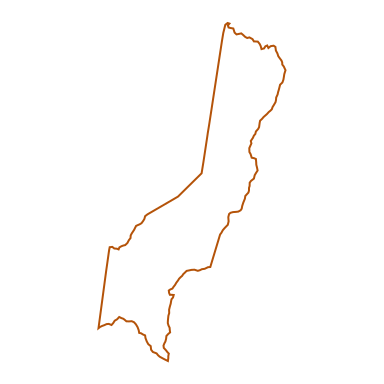 Caiuá, São Paulo, Brazil (Albers equal-area conic projection)
{"feature_id": "56859067B65621554101877", "entity_name": "Caiuá", "entity_type": "district", "adm_level": 2, "iso_a3": "BRA", "parent_name": "Brazil", "parent_adm1": "São Paulo", "projection": "albers", "projection_center": [-51.979, -21.795], "detail": "fine", "context": "isolated", "style": "outline", "palette": "amber", "viewbox_px": 384, "rotation_deg": 0, "n_neighbors": 0, "source": "geoboundaries", "source_scale": "gbopen_adm2", "svg_char_len": 2920}
<svg xmlns="http://www.w3.org/2000/svg" viewBox="0 0 384 384"><path d="M275.4,46.9L273.6,45.7L270.6,46.2L268.4,48.0L267.2,45.5L265.4,46.3L264.1,48.4L261.5,49.1L260.7,46.1L259.7,44.0L257.8,41.6L253.9,41.4L252.5,39.1L249.4,37.4L247.2,38.0L245.2,36.9L243.2,35.0L241.3,33.4L236.5,34.4L234.6,32.6L233.3,28.5L230.5,28.0L228.6,27.5L227.9,25.5L229.4,23.6L227.6,23.0L225.3,24.8L223.3,32.9L222.0,40.7L211.5,109.4L210.3,117.2L209.1,125.0L207.8,132.9L207.3,136.4L203.4,162.2L201.6,173.3L187.3,187.4L178.0,196.6L147.4,214.4L145.1,216.2L144.4,218.9L143.2,220.9L141.5,223.2L139.7,224.3L137.8,225.1L136.1,225.9L135.1,227.8L134.2,229.7L132.9,231.7L131.7,233.5L130.7,235.4L130.5,238.1L128.9,240.1L127.4,243.0L125.2,245.1L123.4,245.5L121.5,246.2L119.4,247.4L118.6,249.4L116.8,248.7L114.3,248.5L112.3,246.9L109.7,247.2L109.1,250.2L107.5,261.6L106.2,270.7L98.5,328.2L100.0,327.0L102.0,326.0L104.2,325.2L106.6,324.1L108.8,323.9L111.5,325.0L113.2,323.1L114.7,320.7L117.1,319.3L119.2,317.0L121.2,318.0L123.4,318.8L124.9,320.0L126.4,321.3L129.0,321.4L131.7,321.2L134.0,322.2L135.9,324.3L137.6,327.2L138.7,330.2L139.2,332.9L141.1,333.3L143.0,334.5L145.1,335.4L145.5,338.1L146.8,341.5L148.3,344.2L150.7,346.1L151.1,349.7L152.9,352.0L154.8,352.7L156.6,353.4L158.1,355.3L159.7,356.7L162.6,358.3L164.9,359.5L167.9,361.0L168.3,358.2L168.3,356.1L168.8,353.6L167.3,352.0L166.0,350.3L163.8,347.9L163.5,345.6L164.3,343.5L165.4,341.5L166.1,338.8L166.4,336.0L168.2,334.0L170.1,332.4L169.8,330.2L169.6,327.7L168.5,325.5L167.8,323.1L167.9,320.7L168.1,318.5L168.4,315.7L169.2,313.1L169.1,309.7L169.9,306.4L170.7,303.7L171.0,301.8L171.5,299.3L173.0,297.5L173.7,295.0L171.8,294.8L169.9,294.8L169.1,292.9L168.8,290.5L170.4,289.4L172.4,288.6L173.5,286.9L175.0,285.0L176.4,282.6L178.0,280.5L179.1,278.7L180.7,277.1L182.2,275.8L183.2,274.2L184.8,272.7L186.6,270.9L189.1,270.4L191.4,269.9L194.4,269.7L197.8,270.8L199.9,270.2L201.9,269.2L204.7,268.8L208.0,267.2L210.3,267.0L220.1,234.5L221.4,232.8L222.8,230.2L224.7,228.0L227.8,224.8L228.6,221.4L228.3,217.1L229.1,214.0L230.5,212.8L233.0,212.1L235.8,211.9L238.3,211.6L240.6,210.3L241.7,208.7L242.2,206.0L243.3,202.6L244.9,198.7L245.3,196.0L247.1,194.0L248.4,192.6L249.0,190.5L249.0,187.9L249.6,186.0L249.7,182.7L251.0,180.9L253.9,178.6L254.7,175.2L256.1,172.8L257.6,170.5L257.0,167.5L256.3,164.7L256.2,162.4L255.9,159.0L254.1,158.2L251.7,157.7L250.6,154.1L249.4,152.0L249.3,148.1L251.4,143.4L250.8,141.0L252.9,137.9L253.9,135.6L255.3,134.0L255.9,131.5L258.2,128.9L259.1,127.1L259.4,124.8L259.7,122.6L260.1,120.7L262.2,118.7L263.5,117.1L267.0,114.0L268.8,112.0L270.3,110.8L271.8,109.3L272.6,107.0L273.8,105.1L275.5,102.2L276.0,100.1L276.2,97.5L277.6,94.5L278.1,92.1L278.8,89.8L279.5,87.1L280.1,84.7L282.4,82.5L283.4,79.7L283.8,77.4L284.3,74.1L285.5,70.2L284.7,68.5L283.8,66.5L282.3,64.6L282.2,62.4L281.5,60.6L279.5,57.9L278.3,56.2L277.4,53.4L275.9,50.6L275.4,46.9Z" fill="none" stroke="#b45309" stroke-width="2"/></svg>